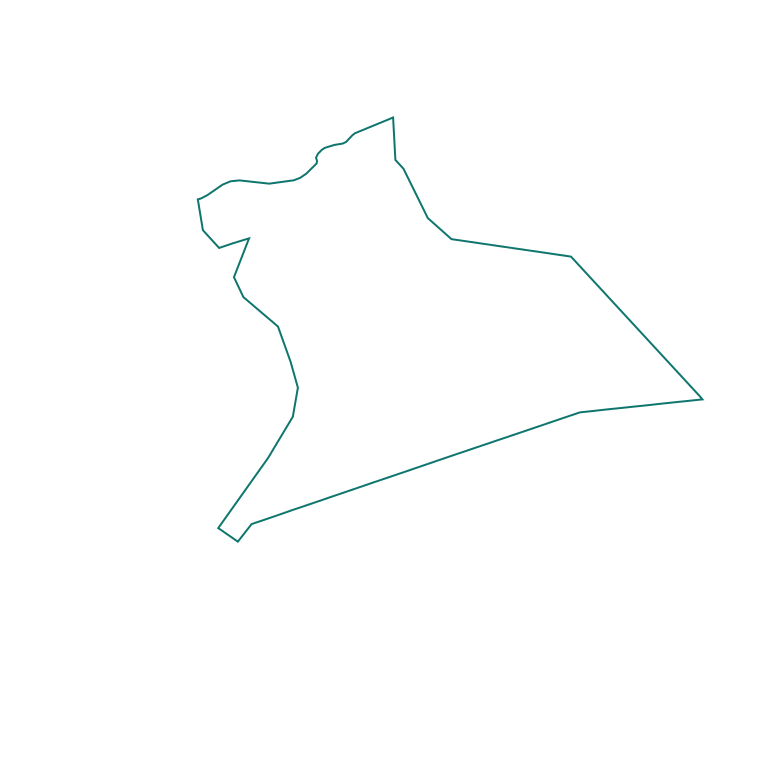 an SVG outline of Nugaal, rotated 218°
{"feature_id": "SOM-2413", "entity_name": "Nugaal", "entity_type": "Region", "adm_level": 1, "iso_a3": "SOM", "parent_name": "Somalia", "parent_adm1": "", "projection": "orthographic", "projection_center": [49.001, 8.49], "detail": "fine", "context": "isolated", "style": "outline", "palette": "teal", "viewbox_px": 768, "rotation_deg": 218, "n_neighbors": 0, "source": "natural_earth", "source_scale": "10m", "svg_char_len": 1006}
<svg xmlns="http://www.w3.org/2000/svg" viewBox="0 0 768 768"><g transform="rotate(218 384 384)"><path d="M123.6,567.9L125.5,566.1L135.1,556.8L144.8,547.5L154.4,538.2L164.0,528.8L173.7,519.5L183.3,510.2L193.0,500.9L202.6,491.5L212.2,482.2L224.1,464.1L236.0,445.9L247.9,427.8L259.8,409.7L271.7,391.6L283.6,373.5L295.5,355.3L307.3,337.2L319.2,319.0L331.1,300.9L342.9,282.8L354.8,264.6L366.6,246.5L378.5,228.4L390.2,210.2L402.1,192.1L402.1,169.8L425.9,168.4L429.8,254.2L435.7,302.1L449.6,328.1L471.3,344.0L502.9,364.0L548.3,365.9L568.0,375.8L580.0,415.7L589.8,401.7L597.7,389.7L621.4,393.7L644.4,414.9L642.5,417.4L639.5,424.0L634.0,441.6L629.7,449.3L623.2,455.5L597.8,471.2L580.5,489.0L577.0,494.8L574.7,502.1L572.9,516.2L574.0,518.5L576.9,520.5L577.8,524.9L577.2,530.0L576.1,533.5L570.5,541.6L564.6,548.0L562.9,551.4L562.1,560.2L561.3,563.7L540.9,599.6L513.0,567.6L501.1,565.6L451.6,541.7L420.0,539.7L315.1,599.5L130.2,569.2L128.6,569.0L123.6,567.9Z" fill="none" stroke="#0f766e" stroke-width="2"/></g></svg>